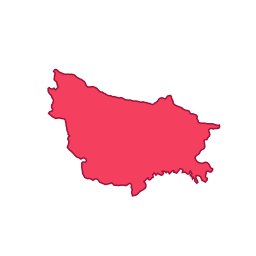 outline of Salto da Divisa, Minas Gerais, Brazil, rotated 134°
{"feature_id": "56859067B24281725110671", "entity_name": "Salto da Divisa", "entity_type": "district", "adm_level": 2, "iso_a3": "BRA", "parent_name": "Brazil", "parent_adm1": "Minas Gerais", "projection": "natural_earth1", "projection_center": [-40.049, -16.122], "detail": "fine", "context": "isolated", "style": "filled", "palette": "rose", "viewbox_px": 256, "rotation_deg": 134, "n_neighbors": 0, "source": "geoboundaries", "source_scale": "gbopen_adm2", "svg_char_len": 4294}
<svg xmlns="http://www.w3.org/2000/svg" viewBox="0 0 256 256"><g transform="rotate(134 128 128)"><path d="M172.7,195.3L172.6,193.5L172.4,191.5L172.3,190.0L171.3,186.5L169.8,185.6L168.4,184.3L166.7,181.4L165.7,180.2L165.7,178.8L166.9,177.2L167.6,176.0L169.5,173.8L170.5,172.2L172.2,170.0L173.1,167.7L174.2,166.7L174.2,164.5L175.5,164.7L176.6,164.3L177.7,163.8L178.7,161.1L181.5,159.3L184.0,158.3L184.2,156.7L184.5,154.9L184.2,153.1L184.2,151.0L184.3,148.6L184.5,147.2L184.5,145.2L184.0,143.6L183.4,142.5L183.1,140.3L180.9,139.7L179.9,138.7L179.6,136.5L180.3,135.3L181.5,134.7L182.6,135.3L183.8,136.9L185.3,136.9L188.6,133.7L191.3,129.9L192.3,129.0L192.8,127.0L193.6,124.9L192.8,122.2L190.9,120.4L190.5,119.2L189.9,116.8L187.4,116.3L186.6,115.5L186.2,114.3L186.2,112.8L186.6,110.6L185.4,107.6L184.4,105.0L180.8,102.6L178.9,101.7L178.7,99.8L178.8,98.3L175.6,94.5L174.3,93.6L173.3,92.8L172.2,91.4L170.9,89.5L169.4,88.9L167.2,88.7L166.1,87.5L166.6,85.7L168.4,84.6L169.2,82.4L171.2,81.0L172.1,80.3L173.7,77.6L172.3,76.7L171.3,76.0L170.0,75.4L168.8,75.3L167.3,75.2L165.6,75.4L164.3,75.0L163.3,74.7L162.0,74.3L159.2,73.8L158.2,74.1L156.3,75.8L155.7,77.2L155.6,79.3L153.8,79.1L152.3,79.3L150.0,79.0L150.8,77.5L150.3,76.4L149.1,76.1L147.1,76.2L145.9,75.6L144.5,77.7L142.1,77.9L142.5,75.1L140.2,75.2L139.2,72.0L138.7,71.0L137.0,70.7L135.5,71.4L135.4,73.2L133.6,71.6L133.7,69.5L132.4,69.5L131.6,68.3L132.2,66.5L130.9,66.4L129.2,66.4L127.8,66.4L126.8,65.1L128.0,64.5L127.4,63.3L126.6,61.6L125.0,61.9L123.5,61.9L121.3,62.3L120.2,60.8L120.2,59.3L122.3,58.0L121.3,57.3L119.9,56.2L119.9,53.4L118.1,51.7L116.8,53.2L115.7,53.2L116.4,50.3L119.0,50.0L118.5,48.5L119.8,46.3L118.2,46.7L118.6,44.2L119.7,43.3L119.9,40.1L118.5,40.1L117.8,41.2L116.8,44.4L114.9,45.9L113.4,44.4L112.7,42.1L113.7,39.7L114.3,38.3L113.7,37.0L113.2,34.8L110.4,35.0L109.1,36.0L109.6,37.5L108.6,39.2L106.7,39.9L105.9,40.9L104.3,41.1L103.4,40.6L103.0,39.0L102.2,37.8L100.7,37.7L99.2,38.0L98.5,39.0L99.2,39.9L98.9,41.8L98.1,43.8L97.8,45.5L98.0,47.4L99.2,48.8L100.6,49.3L101.7,50.0L102.6,51.0L103.5,52.4L104.0,54.1L104.1,55.6L103.8,57.3L103.1,58.7L102.0,59.5L100.9,59.7L99.5,59.5L97.6,59.0L95.9,59.3L94.7,59.8L93.1,60.0L91.4,59.5L90.2,59.0L88.6,59.4L87.5,60.4L86.6,61.5L85.4,63.0L84.4,64.5L82.8,64.4L81.6,63.2L80.0,63.8L78.6,63.8L77.2,63.9L75.9,64.6L75.1,65.6L74.3,67.4L73.2,68.6L72.0,68.6L70.8,68.2L69.9,66.9L69.4,65.8L68.3,65.5L67.4,64.5L66.3,63.4L64.7,62.5L63.2,63.2L62.4,64.3L63.5,65.1L64.3,66.1L64.9,67.4L65.7,68.8L66.3,70.2L67.6,71.5L68.8,72.7L69.7,73.8L70.7,75.3L71.7,76.7L73.2,78.1L74.2,79.5L75.1,81.0L74.2,82.4L73.7,83.5L73.5,85.0L72.5,85.6L71.5,86.3L71.3,87.9L71.8,88.9L72.2,90.1L73.0,91.5L74.3,92.8L74.0,94.2L73.4,95.5L73.7,96.8L74.8,98.3L75.6,99.6L76.0,101.4L76.1,103.5L76.8,105.0L77.5,106.5L78.1,108.0L78.6,109.4L78.9,110.8L78.9,112.0L78.4,113.0L77.5,114.2L77.0,115.5L76.6,116.8L76.0,117.7L75.1,118.9L75.3,120.3L76.4,121.1L77.7,121.7L79.1,121.5L80.8,121.3L81.6,122.1L82.1,123.5L83.0,124.9L84.1,125.5L85.1,125.7L86.1,125.8L87.2,125.5L88.8,125.3L90.5,125.8L91.7,126.1L92.9,126.1L94.0,126.6L94.9,128.1L95.4,129.9L96.3,130.5L96.7,132.0L97.9,133.7L98.9,135.6L100.3,136.3L101.2,137.9L102.0,139.4L102.6,140.3L103.3,141.2L104.0,142.0L104.9,142.9L105.6,144.1L106.0,145.2L106.8,146.3L108.0,147.5L109.3,149.1L110.0,151.0L110.2,152.6L111.2,154.4L112.5,155.1L113.2,156.3L113.9,157.8L115.1,159.8L116.3,161.0L116.8,162.9L118.0,164.1L118.7,165.6L119.1,166.7L119.2,168.3L119.9,169.8L119.9,171.3L121.0,172.4L121.4,173.9L121.3,176.0L121.2,177.5L121.3,178.8L121.8,180.0L122.6,182.0L123.8,183.0L125.2,184.2L126.5,185.4L126.5,187.1L126.0,188.6L125.2,190.4L124.9,191.8L125.3,193.5L125.4,195.1L126.1,196.5L126.6,198.4L127.1,200.6L127.0,202.1L127.2,203.6L127.8,204.7L128.5,205.9L129.8,207.1L130.7,208.2L131.5,209.1L132.7,210.1L133.8,211.8L134.6,213.9L135.4,215.6L135.6,217.4L135.6,219.6L136.1,220.7L137.2,221.2L139.0,220.9L139.1,218.7L140.2,217.8L141.7,217.0L142.5,216.2L144.6,214.7L144.5,213.0L144.5,211.4L145.3,209.9L146.1,209.1L146.6,207.0L148.3,206.6L149.7,206.5L150.9,206.7L150.7,208.9L152.7,209.4L153.7,211.4L153.7,212.8L155.1,212.9L157.1,210.8L157.8,208.3L157.9,205.6L159.0,203.7L159.3,201.7L160.3,200.6L163.0,199.0L164.3,199.0L166.3,197.3L166.8,195.2L168.6,194.5L170.6,195.6L172.7,195.3Z" fill="#f43f5e" stroke="#9f1239" stroke-width="1.5"/></g></svg>